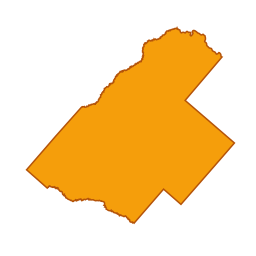 the district of Zapala, Neuquén, Argentina, rotated 355°
{"feature_id": "61730980B1496247249680", "entity_name": "Zapala", "entity_type": "district", "adm_level": 2, "iso_a3": "ARG", "parent_name": "Argentina", "parent_adm1": "Neuquén", "projection": "albers", "projection_center": [-69.903, -38.894], "detail": "fine", "context": "isolated", "style": "filled", "palette": "amber", "viewbox_px": 256, "rotation_deg": 355, "n_neighbors": 0, "source": "geoboundaries", "source_scale": "gbopen_adm2", "svg_char_len": 5677}
<svg xmlns="http://www.w3.org/2000/svg" viewBox="0 0 256 256"><g transform="rotate(355 128 128)"><path d="M125.8,223.3L158.1,192.0L174.1,208.7L216.8,167.6L232.7,152.2L187.3,105.5L227.8,65.5L227.3,65.3L227.0,64.9L226.8,62.6L225.8,61.1L225.1,60.8L223.8,61.9L222.5,62.1L221.4,60.1L218.9,58.5L218.1,56.2L217.7,55.9L216.0,55.4L213.9,53.0L213.6,52.5L213.7,51.1L213.3,50.0L212.8,49.4L212.0,48.8L211.9,48.4L212.1,47.7L212.7,47.0L212.9,46.2L213.0,45.0L212.7,42.8L211.8,42.2L211.3,41.4L210.8,41.2L209.5,41.7L208.7,41.5L207.0,39.9L205.8,39.4L204.4,37.9L203.4,37.3L203.3,37.0L202.1,36.5L201.2,36.7L201.0,36.9L200.8,37.5L200.4,37.8L201.0,39.2L200.8,39.8L199.4,41.5L199.0,41.7L198.5,41.6L198.1,41.1L198.0,40.6L198.7,39.4L198.8,38.6L198.7,38.3L197.5,38.0L196.6,38.1L195.7,37.1L195.1,36.9L194.5,37.2L193.5,38.2L192.7,38.1L192.1,37.6L191.0,37.4L189.5,37.9L189.1,37.7L188.6,36.9L188.1,34.8L187.3,34.6L186.9,34.0L186.3,34.1L185.9,33.7L185.6,32.7L185.5,32.9L185.4,33.5L185.1,33.3L184.9,32.9L184.0,33.0L183.6,32.9L183.1,33.0L182.8,33.4L182.4,33.3L181.9,33.6L181.5,33.3L181.0,33.7L179.7,33.7L178.9,34.4L178.8,34.0L178.4,34.0L178.2,34.5L177.5,34.4L177.0,35.0L176.6,34.5L175.9,34.9L175.0,34.8L173.9,36.1L174.1,36.2L174.1,36.7L173.6,37.0L173.5,37.5L173.0,37.6L172.3,38.4L171.1,38.4L170.3,38.7L170.3,39.3L169.8,39.8L168.9,39.9L168.7,40.3L168.1,40.4L168.0,40.6L168.1,40.8L168.1,41.2L167.7,41.1L167.5,41.6L166.7,41.6L166.1,42.2L165.5,42.0L164.3,42.6L163.1,41.8L162.8,42.1L162.4,41.9L161.9,42.3L161.6,41.7L161.3,42.3L160.6,42.2L160.3,42.4L160.1,43.1L159.4,42.6L158.9,43.1L158.4,43.3L158.0,43.2L157.4,42.6L156.9,42.8L156.5,42.4L155.9,42.7L155.7,43.2L155.2,43.2L155.3,43.7L154.8,44.0L154.2,44.7L153.6,44.9L153.1,44.6L152.9,44.7L153.0,45.2L152.1,45.0L152.1,45.9L151.1,46.1L151.0,47.2L151.1,47.8L150.9,48.1L150.8,48.5L149.9,48.9L149.9,49.5L149.6,49.8L149.9,50.4L149.6,50.8L149.8,51.3L149.3,51.9L149.2,52.4L149.5,53.3L149.1,53.6L149.4,54.1L149.9,54.4L149.5,55.7L149.6,56.3L149.2,56.9L149.7,57.1L149.3,57.8L149.4,58.2L148.7,58.4L149.0,59.1L148.3,59.7L148.5,60.3L147.8,60.5L147.8,60.8L148.2,61.0L147.1,61.9L146.6,62.5L147.0,62.7L147.0,63.0L145.9,63.1L145.5,62.8L144.8,63.4L144.2,63.4L143.6,63.6L143.6,64.4L142.9,64.3L142.5,64.6L141.7,64.4L141.6,64.7L141.6,65.1L140.7,64.9L140.6,65.2L140.9,65.4L140.7,65.7L138.7,66.4L138.5,66.9L138.1,67.2L137.9,67.2L137.2,66.8L136.9,67.2L136.8,66.8L136.5,66.8L136.1,67.4L135.5,67.2L135.3,67.5L135.5,68.2L135.1,68.5L134.7,68.5L134.5,69.1L133.9,69.0L133.6,69.4L133.1,69.3L133.1,69.5L131.8,70.1L131.6,70.4L130.5,70.5L130.1,70.0L128.7,70.2L128.4,70.7L127.5,70.4L127.1,70.7L127.8,71.1L127.8,71.4L127.5,71.6L127.1,71.6L127.0,71.2L126.3,70.8L125.9,71.4L125.2,71.1L124.9,71.8L124.6,71.7L124.0,72.6L122.5,73.4L122.4,73.8L122.6,74.1L122.5,74.3L122.2,74.4L121.5,74.1L120.8,75.1L121.1,75.5L120.1,75.7L120.0,76.8L119.1,77.5L119.1,78.2L118.4,78.5L117.8,79.6L118.0,80.4L117.7,81.1L117.1,81.0L116.9,81.8L116.1,82.3L115.7,82.0L114.9,82.5L114.8,82.2L114.6,82.1L114.3,82.3L114.3,82.6L114.0,82.7L113.5,82.4L113.2,83.0L113.6,83.2L113.6,83.7L113.0,83.9L112.4,84.7L111.9,84.9L111.6,85.4L110.4,85.0L109.8,85.7L108.8,86.1L108.6,86.7L107.9,86.7L107.9,87.4L107.7,87.8L107.7,88.2L107.1,88.7L106.9,89.3L106.9,89.7L106.5,89.5L105.9,89.9L105.8,90.5L105.2,90.7L104.9,91.2L104.7,92.2L103.7,92.5L103.9,92.9L103.8,93.5L103.3,94.0L103.4,95.0L102.1,95.8L101.6,96.5L101.6,97.0L101.0,97.4L101.0,98.2L100.3,99.1L99.8,99.5L99.1,99.3L98.5,99.9L98.5,100.4L97.7,100.5L97.5,101.5L97.2,101.5L96.8,101.0L96.5,101.2L95.8,100.9L95.1,101.3L94.3,101.2L93.8,101.5L93.4,101.3L93.0,101.8L92.2,101.7L91.8,102.2L91.4,102.2L91.0,101.8L90.0,103.1L88.9,102.7L88.7,103.2L87.9,103.5L86.9,103.5L86.5,102.9L86.2,103.2L85.7,102.9L84.4,102.8L84.1,103.2L83.6,103.1L55.7,129.4L23.3,160.8L42.3,180.8L42.7,180.4L43.4,180.2L43.7,179.5L44.2,179.5L44.6,178.8L45.4,179.1L45.7,179.6L46.2,179.8L46.6,180.1L47.4,180.1L47.6,180.5L48.1,180.5L48.4,180.2L49.1,180.7L49.8,180.2L50.0,180.5L49.8,180.9L49.9,181.1L50.1,181.1L50.4,180.9L51.1,181.1L50.7,181.6L50.8,181.9L51.8,181.5L51.7,182.0L52.1,182.3L52.5,181.5L52.9,181.5L53.2,181.8L53.1,182.6L53.6,183.0L53.9,183.6L53.9,184.0L54.4,184.3L54.6,184.9L55.2,185.4L56.3,185.4L56.8,186.0L57.1,188.2L57.5,188.4L57.5,188.7L57.7,189.0L58.2,189.1L58.5,188.9L58.3,189.6L59.0,189.6L59.4,189.8L59.5,190.1L59.2,190.4L60.0,191.4L59.9,191.9L60.3,192.4L60.9,192.5L61.9,193.6L63.9,194.6L64.5,195.2L65.2,195.1L66.0,195.8L66.2,196.2L66.9,196.4L67.3,196.3L67.8,195.7L69.0,195.6L69.5,194.8L69.8,194.9L70.0,195.9L70.5,196.1L71.2,195.1L71.5,195.1L71.9,195.6L72.7,195.1L73.0,194.7L73.5,194.8L73.8,195.1L74.2,194.7L74.8,194.6L74.9,195.1L75.7,195.6L75.4,196.0L75.5,196.3L76.8,196.1L77.3,195.5L78.1,195.2L79.4,195.8L79.9,195.4L81.5,195.1L82.1,194.7L82.8,195.3L82.5,195.9L82.7,196.2L83.2,196.2L83.9,195.6L84.2,195.8L84.3,196.3L85.0,196.2L85.8,196.6L86.3,196.4L87.1,196.4L88.0,197.1L89.7,197.7L90.2,197.5L91.7,197.7L92.2,197.9L92.9,197.6L93.3,197.6L94.0,198.3L94.9,198.2L95.2,198.7L96.3,198.9L97.5,199.5L98.0,200.2L98.1,201.5L98.0,202.2L97.3,202.9L98.6,203.5L98.7,204.1L98.0,204.7L99.2,205.3L99.2,207.0L99.8,207.2L101.1,208.3L102.0,208.7L103.2,208.9L103.9,208.5L103.9,208.9L104.1,209.0L104.1,209.6L104.4,209.8L105.3,209.5L105.4,210.0L106.0,210.1L106.5,211.0L108.6,211.7L108.9,212.1L109.4,211.7L109.7,211.7L110.2,212.9L111.1,212.9L111.8,214.7L112.4,214.5L112.6,213.9L113.1,213.9L114.5,215.1L115.5,215.3L115.9,215.8L116.6,215.9L117.3,215.4L117.9,215.4L118.0,215.7L118.7,216.2L118.7,216.7L119.1,217.2L119.5,217.7L120.0,217.8L119.9,218.4L120.3,219.1L120.6,219.3L121.0,219.0L121.6,219.6L121.7,220.2L121.6,220.8L122.1,221.8L123.1,222.1L124.2,222.1L124.3,222.9L125.4,222.7L125.8,223.3Z" fill="#f59e0b" stroke="#b45309" stroke-width="1.5"/></g></svg>